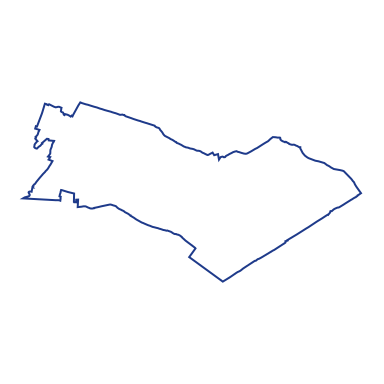 Scaesti, Dolj, Romania (orthographic projection)
{"feature_id": "2599482B9301238192844", "entity_name": "Scaesti", "entity_type": "district", "adm_level": 2, "iso_a3": "ROU", "parent_name": "Romania", "parent_adm1": "Dolj", "projection": "orthographic", "projection_center": [23.539, 44.461], "detail": "fine", "context": "isolated", "style": "outline", "palette": "blue", "viewbox_px": 384, "rotation_deg": 0, "n_neighbors": 0, "source": "geoboundaries", "source_scale": "gbopen_adm2", "svg_char_len": 5930}
<svg xmlns="http://www.w3.org/2000/svg" viewBox="0 0 384 384"><path d="M361.0,193.2L357.0,187.6L356.3,186.6L355.2,184.8L354.9,184.3L354.3,182.9L353.9,182.1L352.9,181.1L351.9,179.7L351.2,178.8L343.8,171.2L343.1,170.9L342.2,170.6L340.0,170.1L333.8,169.0L330.9,167.4L329.8,166.6L328.7,165.9L327.9,165.5L327.3,165.3L324.3,163.0L323.2,162.7L318.5,161.3L315.3,160.7L308.5,158.1L307.0,157.2L304.9,155.6L302.7,153.0L301.9,151.5L301.2,150.1L300.3,148.5L300.3,148.0L300.3,147.2L299.2,147.2L297.2,146.0L296.6,145.8L295.8,145.5L295.1,145.1L294.5,144.8L293.6,144.7L293.0,144.7L292.1,144.8L291.2,144.6L290.2,144.3L289.2,144.0L289.0,143.6L288.5,143.2L287.6,142.9L287.0,142.5L286.4,142.0L285.6,141.8L285.1,141.9L284.9,142.2L283.9,141.7L282.8,141.3L281.4,140.5L280.4,139.5L280.3,138.1L280.1,137.7L279.8,137.6L277.4,137.6L276.5,137.4L275.0,137.2L272.8,137.1L270.4,139.0L268.1,141.2L265.6,142.6L263.0,144.2L257.1,148.0L255.2,148.9L251.2,151.3L248.8,152.6L247.1,153.5L245.9,153.8L244.0,153.6L241.5,152.9L239.1,152.1L237.7,151.8L237.1,151.5L236.6,151.2L235.1,151.5L233.2,152.1L231.4,153.1L229.5,154.0L227.9,155.0L226.6,155.6L225.7,156.2L225.3,156.9L224.8,157.2L223.7,157.2L223.4,156.9L222.5,156.6L220.9,157.0L220.4,157.4L219.7,158.5L219.0,159.6L218.4,156.4L218.0,154.1L214.2,155.2L212.6,152.6L211.7,153.1L210.4,153.7L208.3,154.9L207.8,154.9L207.4,155.0L205.3,154.0L204.0,153.3L202.5,152.7L202.0,152.4L201.0,151.6L200.6,151.4L200.0,151.1L198.9,150.8L197.1,150.7L196.7,150.6L195.3,150.0L194.5,149.5L193.6,149.2L192.7,148.9L190.3,148.5L189.9,148.4L188.1,147.7L185.8,147.3L184.8,146.8L184.3,146.7L183.2,146.1L181.3,144.9L179.8,144.2L178.7,143.6L178.2,143.4L176.9,143.0L176.5,142.7L176.4,142.3L176.3,142.1L176.0,142.1L175.6,142.0L174.3,141.1L172.5,139.9L170.7,139.1L170.4,139.0L170.0,138.6L169.6,138.3L165.3,136.1L164.8,135.8L163.9,134.9L163.0,133.7L162.5,132.7L161.5,131.4L160.1,129.8L159.6,128.8L159.3,128.4L159.1,128.2L158.6,127.9L156.8,127.4L155.8,126.9L155.5,126.7L154.9,126.2L154.7,125.7L148.1,123.6L147.2,123.3L145.1,122.7L141.0,121.4L140.4,121.1L138.1,120.5L133.5,119.0L131.1,118.1L125.8,116.3L125.3,116.0L124.8,115.6L124.6,115.3L124.4,115.0L123.6,115.1L122.6,114.6L121.5,114.7L120.5,114.8L119.9,114.8L119.4,114.6L117.3,113.8L115.3,113.1L114.8,113.0L112.1,112.2L111.1,111.8L107.0,110.7L104.5,110.0L101.9,109.1L100.0,108.6L99.2,108.3L97.0,107.5L94.0,106.7L89.8,105.4L88.0,104.8L85.8,104.3L82.0,103.1L81.6,103.0L81.3,102.8L80.3,102.4L78.3,105.5L73.2,114.8L72.5,116.3L71.7,115.6L70.7,116.6L69.4,115.7L67.7,114.8L65.1,114.1L64.7,114.8L64.5,115.1L63.8,114.7L63.7,114.5L63.5,113.5L63.2,112.9L63.1,112.6L62.4,112.3L61.4,111.9L60.9,111.2L61.1,110.1L61.3,108.5L61.5,107.8L59.1,106.8L58.0,106.8L56.9,107.1L55.6,107.3L53.9,106.7L49.2,104.3L48.3,104.5L48.2,105.1L47.1,104.8L46.7,104.4L46.4,104.1L44.9,103.7L42.3,112.3L41.8,113.8L37.0,126.5L35.9,126.2L35.2,128.6L39.5,129.9L39.0,131.0L38.5,131.8L37.9,134.0L37.2,135.3L35.5,137.0L36.0,137.7L35.3,138.7L37.5,141.2L36.8,141.7L35.7,143.1L35.2,143.6L34.8,144.3L34.5,144.9L34.5,145.7L34.2,147.0L34.7,147.7L35.5,148.2L36.3,148.5L36.9,148.6L38.5,147.0L39.5,146.2L40.3,145.8L41.4,144.4L42.4,143.7L42.0,143.0L43.0,142.2L46.9,138.8L48.5,139.0L48.7,140.4L54.1,140.9L53.8,141.7L53.2,142.4L52.8,143.1L52.4,144.0L52.0,144.9L51.9,145.6L51.7,146.8L50.7,149.2L50.4,150.1L50.3,152.2L50.3,152.9L50.2,153.7L49.0,155.4L48.0,156.6L48.6,156.8L50.2,157.1L49.7,158.0L48.6,159.6L52.5,161.1L52.2,161.6L50.3,164.9L49.8,165.5L48.2,168.2L47.5,169.2L46.5,170.3L45.7,171.0L45.0,172.0L43.0,174.0L39.4,178.2L36.3,182.0L35.1,183.8L34.2,184.4L33.4,185.4L33.4,185.9L33.0,185.9L32.5,186.7L32.6,187.3L32.8,187.5L32.4,187.5L31.6,191.7L31.3,191.6L30.5,191.5L29.5,191.6L29.0,191.8L28.7,192.1L28.6,192.5L28.9,193.2L29.7,194.6L29.7,195.1L29.5,195.6L29.0,196.1L28.3,196.4L26.1,197.0L24.7,197.4L23.0,198.4L55.7,200.2L57.9,200.2L58.1,200.2L58.4,200.2L59.5,200.4L60.3,200.7L60.6,198.6L60.5,198.1L60.7,196.7L59.5,196.3L59.9,194.4L60.5,192.8L60.6,191.9L61.1,190.0L61.8,190.1L67.9,192.0L74.1,193.5L73.9,202.0L74.2,202.3L74.9,202.1L75.3,202.1L75.8,202.3L76.1,202.3L76.2,199.7L78.1,199.6L77.7,207.1L81.5,206.7L83.6,206.3L84.9,206.3L85.6,206.4L86.2,206.6L88.0,207.5L89.1,207.9L90.2,208.4L91.2,208.5L92.4,208.5L94.2,208.2L94.2,207.9L98.1,207.1L101.4,206.3L107.6,205.0L109.5,204.6L110.2,204.5L111.3,204.7L112.2,205.0L113.3,205.4L114.5,205.7L115.9,206.2L117.6,207.9L118.4,208.4L119.1,208.9L120.0,209.3L121.0,209.7L121.7,210.2L122.4,210.4L124.2,211.4L124.7,212.0L126.0,212.7L128.0,213.7L129.8,215.0L130.4,215.7L130.8,215.6L131.0,216.0L134.3,218.0L135.6,219.0L136.9,219.8L138.9,220.9L141.7,222.5L143.1,223.0L144.4,223.6L148.1,225.2L150.0,225.8L150.9,226.2L152.6,226.9L154.4,227.3L155.9,227.7L158.0,228.2L159.6,228.8L160.2,228.9L162.6,229.7L163.3,230.0L163.7,230.0L165.6,230.4L166.3,230.7L167.2,230.5L168.6,231.0L170.9,231.8L171.9,232.4L172.5,232.9L174.3,233.9L175.2,234.1L175.5,234.0L175.9,234.0L176.5,234.2L177.2,234.6L178.1,234.7L178.5,234.8L180.2,235.7L181.0,236.3L181.3,236.7L181.8,236.9L182.0,237.4L185.5,240.6L193.6,246.7L195.1,247.9L195.5,248.4L189.2,257.1L222.8,281.6L230.0,277.2L236.4,272.8L237.7,272.0L238.9,271.5L240.4,270.7L241.8,269.6L243.0,268.6L246.0,266.6L254.7,260.9L255.0,260.8L255.7,260.8L255.9,260.7L256.9,259.8L257.9,259.1L259.0,258.8L261.4,257.5L273.0,250.5L274.1,250.0L285.3,242.7L285.5,242.5L285.4,241.2L287.7,240.6L287.8,240.5L287.8,240.4L287.5,240.0L296.9,234.4L306.2,228.5L308.4,227.2L316.8,221.6L322.0,218.4L326.4,215.5L327.9,214.6L328.2,214.8L328.4,214.5L329.7,213.0L330.0,212.6L330.2,212.1L330.3,211.5L330.3,211.3L330.5,211.1L331.5,211.1L331.8,211.1L333.7,209.4L335.1,208.6L337.2,207.7L338.0,207.5L338.5,207.5L338.9,207.4L339.8,206.9L343.4,204.7L345.4,203.4L350.5,200.2L351.1,199.8L351.9,199.4L353.7,198.2L354.6,197.7L355.1,197.4L355.6,197.3L355.8,197.2L356.0,196.9L356.2,196.7L356.4,196.6L356.5,196.4L356.8,196.3L357.1,196.2L357.4,196.0L357.7,195.5L357.7,195.3L358.4,195.0L361.0,193.2Z" fill="none" stroke="#1e3a8a" stroke-width="2"/></svg>